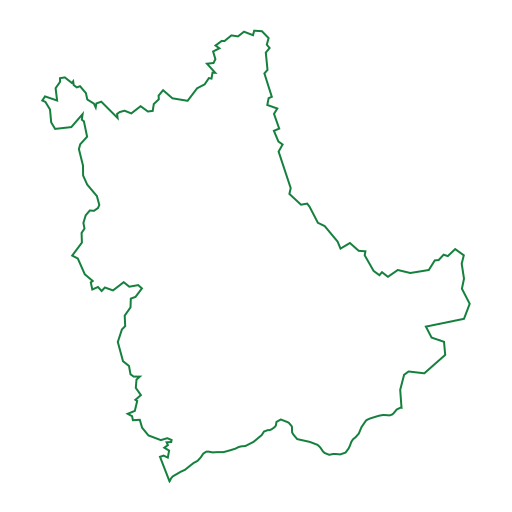 outline of Kavadartsi, Kavadartsi, North Macedonia
{"feature_id": "65306769B96152204239158", "entity_name": "Kavadartsi", "entity_type": "district", "adm_level": 2, "iso_a3": "MKD", "parent_name": "North Macedonia", "parent_adm1": "Kavadartsi", "projection": "mercator", "projection_center": [22.001, 41.309], "detail": "fine", "context": "isolated", "style": "outline", "palette": "green", "viewbox_px": 512, "rotation_deg": 0, "n_neighbors": 0, "source": "geoboundaries", "source_scale": "gbopen_adm2", "svg_char_len": 3155}
<svg xmlns="http://www.w3.org/2000/svg" viewBox="0 0 512 512"><path d="M309.6,206.8L307.2,203.6L301.0,204.7L289.4,193.9L290.7,188.1L278.6,151.6L282.6,144.5L278.4,141.5L273.9,130.8L279.2,128.6L274.0,113.9L277.3,108.5L267.3,105.0L268.6,98.2L271.8,96.8L264.4,73.4L267.5,69.9L265.8,52.6L269.6,48.0L266.8,44.7L268.6,38.1L261.9,31.2L254.2,30.7L253.0,35.2L244.0,31.7L238.0,36.4L231.4,35.4L224.4,41.1L221.8,40.9L215.5,45.5L219.4,48.3L213.1,51.5L215.4,59.2L213.5,63.0L207.0,63.7L215.2,72.8L212.5,72.7L211.5,78.6L208.9,78.1L204.6,84.4L197.1,88.3L187.6,100.8L172.4,98.3L163.1,90.2L158.6,95.6L158.8,99.3L153.8,104.0L152.7,110.9L147.9,111.5L140.6,106.2L131.3,113.4L124.5,110.7L119.6,112.1L117.1,113.9L117.6,118.0L101.3,101.7L96.4,103.4L95.7,107.5L93.9,103.6L87.3,99.5L85.9,93.1L80.0,86.2L76.8,87.4L73.7,85.1L73.2,81.3L71.9,83.0L64.8,77.4L60.0,78.2L60.1,81.8L55.6,88.2L57.1,100.5L45.0,96.4L42.3,100.5L45.4,101.9L50.0,109.5L51.2,122.4L55.1,128.9L71.3,127.1L82.6,114.1L81.8,119.7L83.9,121.3L87.1,136.7L80.2,144.3L78.9,149.1L83.0,165.6L83.1,175.5L87.2,184.6L96.9,196.1L99.3,204.9L98.0,208.0L94.0,210.8L89.8,210.5L85.7,215.3L83.4,222.9L84.5,228.6L81.6,232.9L81.9,242.6L72.2,255.6L77.8,258.5L84.8,274.3L92.7,281.0L90.8,282.4L92.3,289.5L98.0,287.0L101.6,291.0L104.9,287.5L113.0,290.4L123.7,282.2L129.3,286.7L138.2,285.1L141.9,288.4L135.5,296.9L130.8,298.6L130.5,307.4L124.7,315.6L125.2,326.1L121.9,329.5L117.8,342.0L123.0,361.2L129.0,366.0L130.5,374.3L133.7,376.6L139.8,376.6L136.5,379.6L135.8,387.9L140.9,395.1L135.4,399.8L137.2,401.0L134.8,410.9L127.7,413.8L132.1,416.2L132.9,420.2L139.8,419.8L142.1,427.7L148.4,435.4L160.8,440.1L167.3,438.2L171.6,440.0L171.2,442.0L166.6,442.3L167.9,445.1L164.3,447.7L169.1,450.6L167.8,457.6L163.6,455.6L160.0,456.8L169.5,481.3L169.8,480.9L170.9,478.7L171.4,477.9L172.3,476.9L172.9,476.3L180.6,471.8L185.0,469.8L188.6,466.9L193.7,462.9L197.5,460.9L200.6,457.6L203.3,453.6L206.2,451.7L208.4,451.6L212.7,452.4L217.7,452.1L223.6,452.1L229.8,450.4L235.3,448.7L236.3,448.2L238.5,447.1L241.0,446.4L245.4,446.0L253.5,441.9L261.7,435.1L264.0,431.5L267.9,430.1L269.8,430.1L271.7,429.2L273.6,427.9L275.1,426.6L275.8,425.6L276.1,424.0L276.5,421.9L280.8,419.5L287.0,421.9L288.7,422.7L289.5,423.6L291.7,426.2L292.0,427.3L292.0,429.8L292.1,432.4L293.4,434.6L297.2,439.1L302.6,440.3L309.8,441.9L317.4,444.8L318.4,445.6L320.3,447.5L323.0,451.5L324.7,453.0L329.2,454.8L333.1,454.0L335.2,454.0L340.3,454.4L345.5,452.6L348.6,448.5L349.9,445.7L351.4,441.7L353.0,439.3L355.5,437.3L358.8,433.6L361.5,427.1L365.2,421.7L366.1,420.4L367.9,419.4L370.3,418.4L376.4,416.5L378.4,415.9L380.6,415.4L383.1,415.0L385.9,415.1L389.5,415.4L392.0,414.6L393.4,413.5L396.7,409.5L400.9,407.5L401.5,407.7L400.2,389.8L404.1,374.8L408.6,371.5L424.3,373.3L445.2,354.9L444.0,341.8L431.6,337.6L425.9,326.6L464.0,318.8L469.7,303.8L461.9,288.7L464.0,278.7L461.7,263.7L463.8,255.3L455.2,249.1L447.8,256.1L443.6,254.7L438.6,260.1L434.8,260.4L428.8,270.0L410.3,273.0L397.8,270.0L387.9,276.8L382.0,272.2L379.4,275.2L373.6,270.9L364.7,255.3L365.4,251.3L358.7,250.8L349.9,243.0L340.5,248.6L337.6,241.6L324.7,226.1L317.9,222.8L309.6,206.8Z" fill="none" stroke="#15803d" stroke-width="2"/></svg>